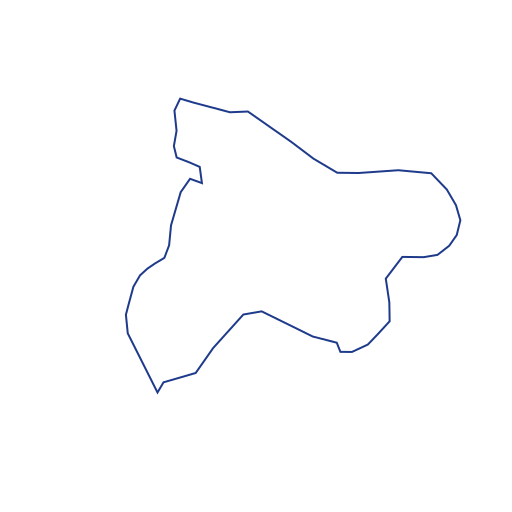 the district of Donghae-si, Gangwon, South Korea, rotated 215°
{"feature_id": "91817680B21216327036282", "entity_name": "Donghae-si", "entity_type": "district", "adm_level": 2, "iso_a3": "KOR", "parent_name": "South Korea", "parent_adm1": "Gangwon", "projection": "natural_earth1", "projection_center": [129.058, 37.511], "detail": "fine", "context": "isolated", "style": "outline", "palette": "blue", "viewbox_px": 512, "rotation_deg": 215, "n_neighbors": 0, "source": "geoboundaries", "source_scale": "gbopen_adm2", "svg_char_len": 824}
<svg xmlns="http://www.w3.org/2000/svg" viewBox="0 0 512 512"><g transform="rotate(215 256 256)"><path d="M131.9,225.9L122.4,232.4L113.6,247.6L111.4,261.8L109.1,279.2L120.2,294.5L136.7,311.9L135.6,339.2L118.0,351.2L108.0,361.0L103.6,375.2L103.6,381.7L103.6,388.3L109.1,402.5L121.3,412.3L137.8,419.9L159.9,424.3L188.6,407.9L219.6,382.8L237.2,370.8L264.8,368.7L292.5,369.7L315.6,369.7L345.5,369.7L359.8,358.8L395.2,345.8L408.4,341.4L406.2,328.3L392.9,313.0L386.3,298.9L377.5,291.2L364.2,294.5L353.2,296.7L342.1,284.7L354.3,281.4L354.3,265.1L343.2,232.4L333.3,214.9L330.0,201.9L334.4,192.1L337.7,183.4L339.9,173.6L338.8,160.5L333.3,145.2L328.9,133.3L316.7,119.1L258.4,87.7L259.3,99.5L238.3,125.6L238.3,156.1L232.8,200.8L219.6,213.9L163.3,222.6L140.1,231.3L131.9,225.9Z" fill="none" stroke="#1e3a8a" stroke-width="2"/></g></svg>